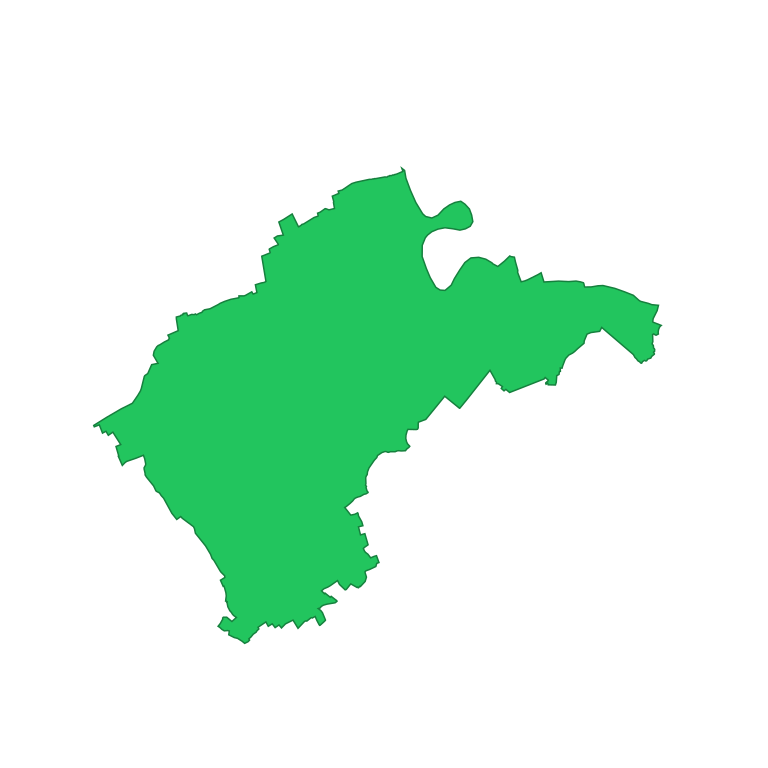 Krathum Baen, Nakhon Pathom, Thailand, rotated 157°
{"feature_id": "78962969B60884985036965", "entity_name": "Krathum Baen", "entity_type": "district", "adm_level": 2, "iso_a3": "THA", "parent_name": "Thailand", "parent_adm1": "Nakhon Pathom", "projection": "albers", "projection_center": [100.27, 13.664], "detail": "fine", "context": "isolated", "style": "filled", "palette": "green", "viewbox_px": 768, "rotation_deg": 157, "n_neighbors": 0, "source": "geoboundaries", "source_scale": "gbopen_adm2", "svg_char_len": 6171}
<svg xmlns="http://www.w3.org/2000/svg" viewBox="0 0 768 768"><g transform="rotate(157 384 384)"><path d="M283.3,575.6L283.5,572.3L290.6,572.3L292.7,572.7L293.3,572.5L294.3,573.0L295.8,572.9L297.2,573.6L298.0,573.3L298.9,573.7L300.0,573.3L301.4,573.7L302.1,574.2L311.4,576.3L312.6,576.8L313.3,576.7L313.9,577.1L315.6,577.3L317.5,578.1L331.0,580.7L335.3,581.1L346.8,578.9L350.8,579.5L351.1,577.1L358.2,577.1L359.0,571.5L359.6,570.8L361.0,564.9L366.6,565.8L369.1,568.1L369.8,568.4L375.6,567.1L378.4,567.2L378.8,564.7L379.2,564.3L383.3,564.6L395.6,562.7L397.2,563.0L398.3,562.5L401.1,562.0L401.3,562.3L402.1,576.4L412.2,574.7L417.5,574.2L418.5,560.4L424.3,561.9L428.1,561.3L426.7,554.0L426.9,553.5L432.2,553.6L436.7,553.1L437.0,552.9L437.4,549.5L437.9,549.2L446.6,549.4L452.6,524.5L454.5,524.3L457.7,525.0L463.6,525.6L465.3,517.8L469.1,517.9L469.4,518.2L469.7,520.5L477.0,519.7L478.5,519.8L483.1,521.8L483.7,520.2L484.0,520.1L491.9,521.8L498.2,522.3L503.3,522.3L505.6,521.9L513.8,521.3L515.1,521.3L520.1,522.4L522.6,521.9L523.2,521.3L524.2,521.1L526.1,521.3L529.5,521.0L530.3,522.2L531.6,522.0L533.8,523.2L537.9,523.4L538.1,524.1L537.9,526.4L538.3,526.6L540.8,527.3L541.0,526.8L542.0,527.0L542.2,526.4L544.3,526.6L544.9,526.2L549.0,526.8L549.7,525.0L552.6,513.5L563.8,513.4L563.6,510.0L564.8,509.3L565.0,508.8L569.8,508.5L575.6,507.6L576.7,507.7L578.7,507.0L582.8,504.0L585.1,500.6L583.9,491.3L590.3,492.6L597.4,485.9L600.8,485.2L601.7,484.6L609.2,474.6L611.0,472.7L615.1,469.7L623.1,464.6L635.7,463.8L651.5,461.8L667.4,459.3L667.4,457.8L662.0,457.6L662.3,448.8L658.4,449.1L657.8,444.5L652.4,445.6L650.0,431.1L655.1,431.2L656.3,421.3L656.8,421.3L656.7,411.3L653.2,412.8L651.1,413.3L641.4,412.6L633.3,412.4L633.5,408.6L634.6,403.5L635.2,402.5L637.6,400.6L638.1,399.2L638.8,395.2L639.4,393.6L639.0,391.0L635.9,380.2L635.7,374.8L635.4,374.1L633.2,371.4L632.7,368.4L631.5,365.0L629.8,347.9L627.7,340.3L622.9,341.4L622.2,339.3L615.1,327.1L615.0,324.9L615.9,320.3L611.5,304.6L610.2,295.0L610.4,290.6L609.5,288.2L607.9,276.0L607.5,274.3L605.6,269.7L606.1,268.1L611.2,267.3L611.1,260.6L610.4,260.6L610.4,258.8L611.1,253.6L612.0,250.6L614.6,246.1L614.0,245.8L614.1,244.8L613.5,244.7L614.0,243.7L614.8,239.9L614.5,235.5L613.7,233.2L613.5,231.6L612.9,229.7L611.1,226.8L616.8,224.8L619.9,230.8L623.0,232.1L624.0,231.6L624.3,230.6L628.3,227.5L631.4,225.8L630.2,224.0L629.2,221.6L627.5,219.2L624.2,218.1L622.9,217.1L624.9,213.8L620.9,209.1L618.2,207.1L615.1,202.6L613.6,199.7L609.8,199.9L607.8,200.8L608.0,202.2L605.3,203.1L602.1,204.8L598.7,205.5L597.3,206.5L594.9,207.4L595.0,209.3L585.7,211.1L585.2,206.2L580.6,206.9L579.4,202.3L574.8,203.2L573.7,199.5L568.4,201.7L560.0,202.2L558.6,192.7L549.9,196.5L548.4,196.5L547.7,195.9L542.6,197.3L541.9,197.2L541.4,196.6L538.2,196.9L538.2,192.9L537.8,188.2L537.6,187.0L537.1,186.9L532.9,188.3L530.3,189.3L530.1,189.7L530.0,197.6L530.7,200.2L532.3,203.0L530.2,202.8L528.8,203.7L526.3,204.1L522.4,203.6L514.5,201.7L512.2,202.3L512.1,202.9L515.6,209.2L516.8,208.7L520.0,214.6L520.8,214.2L522.3,218.0L519.3,219.0L515.0,219.0L512.0,219.4L503.6,221.2L503.3,216.9L500.2,209.7L499.0,209.6L492.7,213.0L488.2,207.1L487.5,207.3L487.0,206.4L485.1,207.3L484.8,206.8L478.5,209.6L475.6,213.1L475.1,217.8L474.7,218.7L473.5,219.1L469.7,218.9L462.8,219.2L460.8,221.7L458.4,221.6L458.0,228.9L460.4,229.2L464.2,229.2L465.3,233.6L466.8,236.2L467.2,237.7L467.3,240.6L466.0,241.2L461.5,242.2L460.1,253.7L464.6,254.3L463.3,262.5L458.8,261.8L458.3,265.8L459.0,272.5L458.5,274.8L458.6,275.7L461.7,275.5L465.8,276.3L468.4,285.7L466.8,285.9L462.0,287.3L458.5,288.6L456.4,289.8L454.9,290.2L452.3,290.2L449.7,289.8L445.4,290.3L443.5,289.9L441.1,290.3L441.0,291.0L441.4,292.2L441.0,295.7L440.1,296.7L440.6,298.0L439.6,299.3L437.4,305.0L436.1,306.4L434.9,307.1L433.5,309.6L430.6,312.6L422.7,317.6L419.4,319.1L417.9,320.7L412.7,321.7L409.8,321.5L408.6,321.1L407.2,319.7L406.4,319.3L404.6,319.2L400.2,317.3L398.0,317.3L396.6,316.9L394.2,315.6L390.3,314.2L388.3,315.3L385.9,315.9L384.6,316.6L385.7,319.7L385.8,322.0L385.2,325.4L383.7,328.4L381.1,331.7L379.7,332.9L372.2,329.5L370.8,329.3L369.7,330.2L367.7,334.8L367.2,335.4L359.3,335.1L332.9,349.0L324.0,332.2L323.7,332.1L314.7,336.8L281.1,355.2L279.9,344.3L280.3,343.4L279.7,341.7L280.4,340.4L278.7,339.6L276.0,335.4L277.8,334.1L276.2,330.8L273.9,331.4L271.7,327.1L234.6,326.1L233.1,327.0L231.6,324.0L231.4,323.9L231.5,322.9L234.6,321.9L234.9,321.4L234.9,320.5L233.0,320.7L233.2,319.1L226.6,316.1L224.8,318.2L221.7,324.2L219.2,324.4L217.6,327.0L216.7,326.7L215.5,329.8L213.9,329.0L212.4,330.9L207.7,335.8L205.9,337.0L204.5,337.5L202.8,338.4L198.2,338.8L195.8,339.4L191.8,340.9L184.0,343.3L182.8,345.5L177.6,350.6L173.4,350.5L164.9,348.2L161.5,351.0L143.3,314.4L142.9,313.3L142.6,310.3L141.8,308.6L141.2,306.1L140.0,304.5L139.5,303.0L138.7,302.5L137.4,303.5L135.4,304.0L134.9,303.9L134.2,303.0L133.6,302.8L133.1,302.8L131.4,303.9L128.3,303.6L126.8,304.8L123.5,305.8L123.3,306.2L123.5,307.9L123.2,308.2L122.2,308.3L121.3,310.1L121.4,310.9L121.8,311.7L121.0,314.3L121.5,315.8L121.4,316.4L120.0,317.9L117.4,324.6L116.1,324.7L115.1,323.1L114.4,322.6L111.9,322.8L111.4,324.5L110.1,326.7L108.4,328.4L107.4,329.1L105.9,329.6L112.2,335.8L112.3,336.3L110.7,339.0L103.9,344.8L100.6,349.2L106.5,352.4L109.0,354.8L115.5,359.8L116.7,361.5L119.8,368.2L126.5,374.8L134.1,381.8L144.0,389.1L148.7,390.8L155.4,392.4L161.2,394.8L161.4,395.0L160.8,398.6L160.9,399.3L163.3,401.3L167.0,403.7L174.0,406.1L183.1,410.5L196.9,415.4L195.9,425.0L199.7,424.5L211.2,423.8L214.4,423.9L217.8,424.5L217.4,434.5L216.4,436.4L215.3,445.0L214.4,449.8L217.4,451.7L218.2,452.7L225.2,450.0L233.3,447.7L236.8,452.0L237.3,453.4L241.5,459.1L247.3,463.6L254.7,466.1L262.1,464.2L269.5,459.5L277.9,453.6L283.5,448.7L291.2,446.3L295.6,448.5L298.5,452.7L299.9,463.9L299.9,473.8L299.1,486.4L294.6,496.7L288.9,502.4L285.7,504.1L280.5,505.5L273.9,505.5L266.8,504.0L259.7,499.8L254.0,496.0L248.4,495.0L243.0,495.5L238.8,498.7L237.3,505.3L237.0,511.7L239.2,517.9L241.9,522.2L247.8,523.4L253.7,523.2L260.5,521.8L268.4,518.3L275.1,518.1L280.2,521.9L281.9,525.6L283.8,538.7L284.0,552.0L283.4,564.9L281.6,572.5L283.3,575.6Z" fill="#22c55e" stroke="#15803d" stroke-width="1.5"/></g></svg>